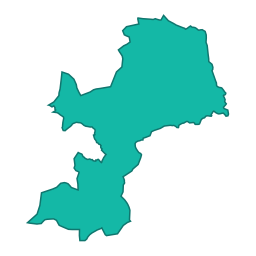 the district of Kafur, Katsina, Nigeria
{"feature_id": "59680162B10083289652159", "entity_name": "Kafur", "entity_type": "district", "adm_level": 2, "iso_a3": "NGA", "parent_name": "Nigeria", "parent_adm1": "Katsina", "projection": "orthographic", "projection_center": [7.693, 11.624], "detail": "fine", "context": "isolated", "style": "filled", "palette": "teal", "viewbox_px": 256, "rotation_deg": 0, "n_neighbors": 0, "source": "geoboundaries", "source_scale": "gbopen_adm2", "svg_char_len": 4414}
<svg xmlns="http://www.w3.org/2000/svg" viewBox="0 0 256 256"><path d="M130.5,221.2L129.5,220.0L129.5,219.4L129.9,210.4L129.7,209.5L129.0,207.2L127.8,204.5L126.8,202.8L126.3,202.1L124.6,199.8L121.0,196.2L123.0,191.9L123.3,185.0L124.6,183.0L124.3,181.1L124.4,180.1L124.1,179.5L123.7,178.3L123.1,176.7L131.8,171.0L132.9,169.0L138.1,164.5L140.8,157.5L140.8,157.3L141.5,154.8L140.7,153.5L139.0,152.7L138.0,151.5L137.2,150.3L136.0,148.4L135.3,146.6L135.1,144.0L135.1,143.5L136.0,142.2L137.8,141.1L139.9,140.7L141.3,140.0L142.9,140.0L143.2,138.2L146.1,137.2L150.0,135.7L151.5,131.7L154.3,130.4L160.3,128.4L164.4,126.0L170.3,125.3L172.4,125.6L173.8,125.4L175.2,126.1L176.1,126.7L176.9,127.5L178.4,127.6L178.7,126.9L178.6,126.0L179.1,125.1L180.7,124.1L182.5,123.2L183.8,123.1L185.2,122.2L186.4,121.6L186.9,121.4L187.9,121.7L189.6,122.9L193.4,122.5L194.5,123.1L194.8,124.0L195.2,124.2L195.4,124.4L196.9,124.4L198.8,124.3L199.5,123.9L200.0,122.7L200.5,121.5L200.8,120.6L201.3,119.6L202.7,118.3L204.5,117.8L204.9,117.4L205.5,116.5L206.5,115.9L207.4,115.8L208.7,115.9L209.9,116.1L211.3,116.2L211.7,115.7L211.2,115.0L211.3,114.3L211.9,113.6L212.2,113.0L212.7,112.2L213.1,111.6L213.6,111.2L213.9,111.3L214.5,111.5L214.9,112.0L215.7,112.6L217.4,113.5L218.7,113.9L220.4,113.7L222.3,113.2L223.5,113.2L224.2,114.0L225.3,115.2L226.0,116.2L227.9,115.8L228.5,114.1L227.8,110.1L224.0,108.5L223.5,107.2L225.9,104.5L226.3,103.8L225.8,103.3L224.7,101.6L225.1,99.6L224.3,97.7L223.4,95.8L223.8,95.1L224.7,95.0L225.5,94.2L225.8,93.1L225.0,92.3L224.3,91.4L223.7,90.4L221.8,88.0L221.0,87.7L219.1,87.4L218.2,87.0L216.9,86.1L216.6,85.5L216.4,82.8L215.7,81.2L213.6,75.2L212.8,72.9L212.0,70.6L212.7,69.5L212.9,67.3L212.0,64.3L208.8,61.6L208.7,58.7L208.1,54.2L207.2,45.6L206.0,42.3L206.3,37.9L206.2,34.9L205.1,31.4L202.2,29.7L200.2,29.9L199.0,30.2L198.4,30.1L196.2,28.3L195.6,28.0L195.0,27.6L193.5,27.3L192.4,27.3L191.3,26.7L190.6,26.0L190.0,26.3L188.7,27.2L187.2,28.4L185.4,29.2L184.7,28.3L183.1,27.8L176.0,25.0L174.8,24.2L168.3,20.7L163.6,15.4L161.0,20.0L159.9,20.1L157.0,19.3L155.3,18.7L153.2,19.5L150.2,19.2L142.9,18.7L138.0,18.0L137.9,18.4L137.8,18.8L138.8,24.0L126.5,26.7L122.7,30.7L123.3,32.2L124.3,34.8L126.3,35.8L129.2,37.0L130.1,42.0L126.9,44.3L123.7,45.8L118.4,49.9L119.3,51.5L122.2,55.9L122.8,58.7L121.9,67.0L116.5,71.9L110.6,86.7L99.9,88.5L96.2,89.0L93.5,89.8L90.2,92.0L85.2,93.9L80.8,95.6L78.9,92.3L76.8,87.8L76.3,84.6L73.9,79.2L68.5,74.2L62.0,72.0L61.4,77.8L60.1,88.9L59.1,92.6L59.0,93.4L58.9,95.6L53.8,102.0L48.6,105.1L49.5,105.3L50.3,105.8L51.2,106.4L52.0,106.9L53.8,105.9L55.1,107.8L55.0,108.0L55.0,108.4L55.0,108.8L54.9,108.9L54.9,109.2L55.1,109.4L55.7,110.0L55.2,110.7L54.8,111.1L53.1,112.1L56.9,112.6L57.7,112.9L59.0,113.8L60.2,114.8L63.4,116.9L63.7,118.3L62.9,122.4L62.8,123.6L62.6,125.2L62.6,125.8L62.5,126.8L62.4,127.1L62.1,127.6L63.2,130.5L65.1,130.7L66.3,129.6L68.5,127.8L70.3,126.5L71.6,125.3L72.3,124.1L73.2,123.5L76.3,122.3L78.4,122.6L80.6,122.8L82.1,123.7L83.9,125.3L85.7,126.2L87.7,126.5L90.2,127.0L92.0,126.9L93.0,128.0L94.9,129.4L95.1,130.7L94.9,132.2L94.6,132.8L94.6,133.9L94.9,134.7L94.6,134.9L93.9,134.9L93.5,135.1L93.9,136.3L94.1,137.3L94.7,139.0L95.2,139.6L95.7,140.2L96.2,141.1L96.5,141.7L96.6,142.5L97.8,142.9L98.4,143.6L99.0,144.3L99.8,144.4L100.4,144.7L100.7,145.6L101.0,145.7L100.7,146.6L100.8,147.7L101.6,148.6L102.0,148.9L101.5,150.1L105.0,153.7L106.0,154.4L104.1,157.1L103.7,157.6L103.3,158.5L102.8,159.5L102.1,160.8L101.7,162.3L101.3,162.6L100.0,161.3L98.9,159.9L98.1,159.3L96.8,160.0L96.3,160.1L95.9,160.0L95.8,160.4L95.7,161.1L94.4,161.0L93.1,160.7L92.3,159.6L91.1,159.7L89.8,159.0L88.5,159.3L87.1,159.4L86.3,158.9L84.8,158.1L84.4,157.4L83.0,156.6L82.3,154.9L81.8,154.1L79.3,153.1L78.2,152.5L74.1,158.7L75.0,165.4L74.1,168.0L75.9,170.6L77.8,171.4L78.9,172.0L79.0,172.2L79.0,172.7L77.0,178.6L77.9,184.0L78.1,189.9L77.3,189.7L71.3,187.5L70.3,186.2L68.1,183.8L66.2,183.0L64.3,182.6L60.7,183.3L56.7,187.3L52.8,189.0L41.5,192.8L39.9,205.4L37.1,214.1L27.5,222.7L29.5,223.1L36.9,224.0L41.3,223.5L42.2,222.4L44.7,219.8L46.9,219.3L49.8,219.1L53.6,218.9L56.0,220.0L56.9,221.0L57.8,222.8L59.2,225.3L62.8,226.9L68.4,229.3L71.9,229.5L79.5,229.5L79.4,235.6L79.9,240.6L84.9,240.6L86.7,239.1L87.9,236.8L89.8,234.6L92.2,232.8L97.3,229.9L101.0,228.5L101.8,227.9L105.2,234.6L106.5,235.6L117.5,233.8L123.3,225.4L127.2,222.6L127.4,222.5L127.8,222.3L130.5,221.2Z" fill="#14b8a6" stroke="#0f766e" stroke-width="1.5"/></svg>